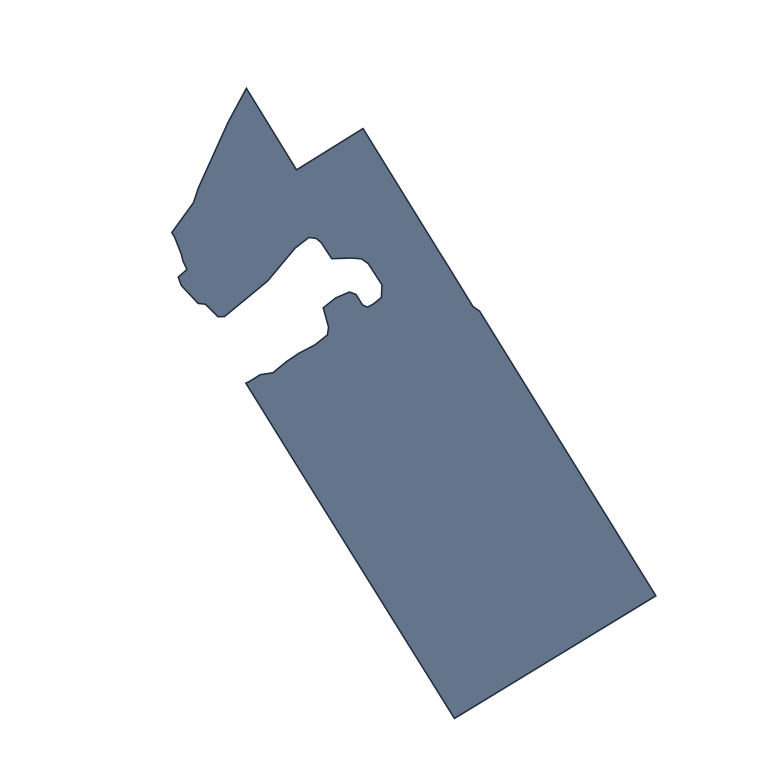 Charlotte, Florida, United States of America (Mercator projection), rotated 58°
{"feature_id": "52423323B39160011861592", "entity_name": "Charlotte", "entity_type": "district", "adm_level": 2, "iso_a3": "USA", "parent_name": "United States of America", "parent_adm1": "Florida", "projection": "mercator", "projection_center": [-82.101, 26.901], "detail": "fine", "context": "isolated", "style": "filled", "palette": "slate", "viewbox_px": 768, "rotation_deg": 58, "n_neighbors": 0, "source": "geoboundaries", "source_scale": "gbopen_adm2", "svg_char_len": 840}
<svg xmlns="http://www.w3.org/2000/svg" viewBox="0 0 768 768"><g transform="rotate(58 384 384)"><path d="M313.7,267.1L300.6,267.2L156.2,266.4L156.0,344.7L60.3,344.0L79.5,377.7L119.2,437.3L129.3,449.6L143.1,483.7L148.7,483.8L166.3,487.1L173.2,489.3L182.4,490.4L184.3,501.9L193.2,503.7L209.6,500.4L217.2,498.9L221.7,493.2L239.1,489.1L242.3,483.5L235.0,428.1L221.7,387.5L219.9,370.1L224.5,364.4L230.4,362.4L250.1,361.9L260.2,344.4L266.1,336.7L273.5,333.6L296.7,333.2L298.6,333.1L309.2,340.3L310.3,349.0L310.5,350.6L310.1,357.3L305.5,360.3L293.2,360.3L287.7,364.4L285.4,379.3L287.2,395.2L306.4,400.9L312.4,406.0L314.2,421.9L312.8,439.9L313.3,454.8L315.6,472.2L310.5,484.0L310.5,497.3L310.0,500.7L414.1,501.1L414.3,501.1L705.0,501.5L707.7,265.7L372.8,264.3L365.4,267.5L313.7,267.1Z" fill="#64748b" stroke="#1e293b" stroke-width="1.5"/></g></svg>